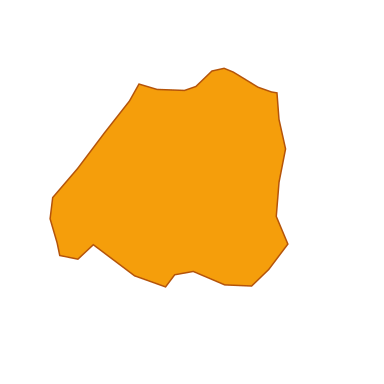 Centar župa, Albers equal-area conic projection, rotated 127°
{"feature_id": "MKD-2951", "entity_name": "Centar župa", "entity_type": "Statistical Region", "adm_level": 1, "iso_a3": "MKD", "parent_name": "North Macedonia", "parent_adm1": "", "projection": "albers", "projection_center": [20.577, 41.464], "detail": "fine", "context": "isolated", "style": "filled", "palette": "amber", "viewbox_px": 384, "rotation_deg": 127, "n_neighbors": 0, "source": "natural_earth", "source_scale": "10m", "svg_char_len": 557}
<svg xmlns="http://www.w3.org/2000/svg" viewBox="0 0 384 384"><g transform="rotate(127 192 192)"><path d="M137.7,299.3L131.1,281.6L115.4,259.1L105.4,252.4L83.4,248.9L73.9,240.8L71.4,231.2L68.6,202.4L64.3,188.8L61.7,183.8L81.7,166.2L101.3,143.2L131.8,128.4L160.8,110.0L175.9,84.1L207.8,84.1L231.2,87.8L246.5,110.0L254.7,143.2L268.5,156.0L283.7,156.0L293.5,187.4L293.5,215.1L293.5,239.1L314.3,242.7L322.3,259.4L313.8,269.1L298.8,289.2L280.3,299.9L242.1,297.5L197.8,297.5L156.9,296.7L137.7,299.3Z" fill="#f59e0b" stroke="#b45309" stroke-width="1.5"/></g></svg>